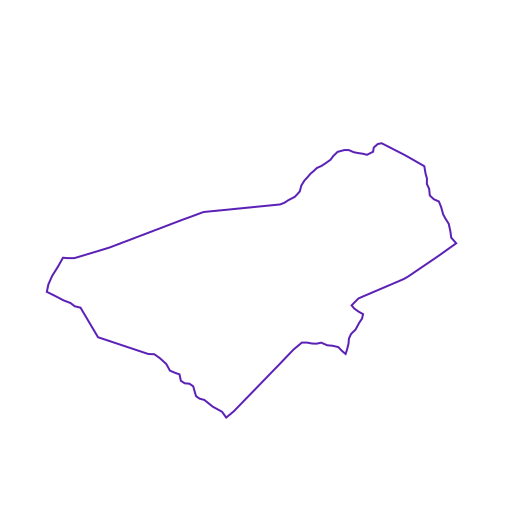 the district of Itaquara, Bahia, Brazil, rotated 297°
{"feature_id": "56859067B54968258878659", "entity_name": "Itaquara", "entity_type": "district", "adm_level": 2, "iso_a3": "BRA", "parent_name": "Brazil", "parent_adm1": "Bahia", "projection": "orthographic", "projection_center": [-39.89, -13.439], "detail": "fine", "context": "isolated", "style": "outline", "palette": "violet", "viewbox_px": 512, "rotation_deg": 297, "n_neighbors": 0, "source": "geoboundaries", "source_scale": "gbopen_adm2", "svg_char_len": 1513}
<svg xmlns="http://www.w3.org/2000/svg" viewBox="0 0 512 512"><g transform="rotate(297 256 256)"><path d="M271.4,189.3L258.4,177.3L254.9,174.0L196.9,121.5L171.7,95.2L168.7,89.4L166.8,84.8L156.6,84.4L145.7,83.4L136.5,83.9L129.1,85.9L129.2,96.9L129.1,104.8L129.9,112.0L128.9,117.3L130.3,123.1L111.9,152.1L119.8,204.6L122.3,210.0L121.4,216.3L120.4,220.2L119.0,225.2L114.8,231.3L115.2,237.2L115.8,241.6L110.7,245.7L110.2,250.2L112.0,254.7L111.4,259.2L107.4,262.9L103.9,266.2L103.3,270.5L104.3,275.3L102.9,282.1L102.1,286.0L102.0,290.5L101.8,296.5L98.5,302.8L107.5,306.7L170.4,326.1L185.7,330.7L189.7,331.9L199.7,336.2L202.0,340.7L203.5,345.8L205.4,349.8L208.4,353.5L208.8,360.0L210.8,365.0L212.2,370.7L210.4,375.9L209.4,380.3L213.9,379.6L219.7,378.3L224.6,376.3L229.7,376.1L235.7,378.1L243.5,378.3L248.4,378.9L252.8,377.8L253.0,372.6L253.8,367.4L255.4,363.6L264.6,366.5L268.9,370.0L289.0,386.8L302.8,398.3L306.5,400.7L338.1,418.1L358.2,428.6L361.0,421.6L366.2,418.0L372.2,413.1L375.4,407.7L378.1,403.8L383.6,398.8L387.6,394.2L387.3,388.7L388.8,383.4L394.4,379.8L397.8,375.5L402.7,373.1L406.1,369.9L412.4,365.2L413.3,347.6L413.5,341.1L413.5,316.7L411.0,313.6L406.1,311.7L402.1,313.0L396.6,309.0L395.6,304.7L394.2,300.6L392.9,296.2L392.5,290.5L390.5,286.6L385.8,281.4L380.3,279.5L375.6,278.7L370.3,275.9L365.9,273.4L362.1,270.3L358.4,269.0L354.1,267.2L350.2,266.3L345.2,264.9L339.4,264.4L333.4,265.7L326.5,263.8L320.3,259.4L316.4,257.2L312.9,254.1L271.4,189.3Z" fill="none" stroke="#5b21b6" stroke-width="2"/></g></svg>